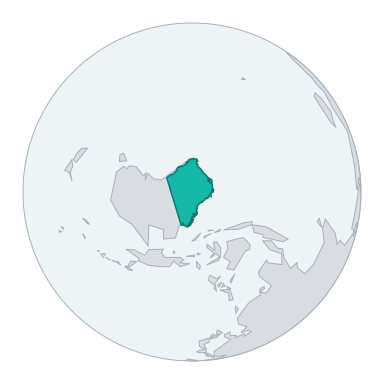 globe centered on Western Australia, rotated 160°
{"feature_id": "AUS-2651", "entity_name": "Western Australia", "entity_type": "State", "adm_level": 1, "iso_a3": "AUS", "parent_name": "Australia", "parent_adm1": "", "projection": "orthographic", "projection_center": [121.445, -24.431], "detail": "fine", "context": "on_globe", "style": "filled", "palette": "teal", "viewbox_px": 384, "rotation_deg": 160, "n_neighbors": 0, "source": "natural_earth", "source_scale": "10m", "svg_char_len": 10872}
<svg xmlns="http://www.w3.org/2000/svg" viewBox="0 0 384 384"><g transform="rotate(160 192 192)"><circle cx="192" cy="192" r="169" fill="#eef3f6" stroke="#a8b0b8"/><path d="M330.5,199.5L330.3,200.8L330.2,200.9L330.5,199.5ZM346.0,122.4L345.6,121.6L346.0,122.4ZM249.5,33.1L249.8,33.3L252.3,34.2L255.4,35.7L253.5,36.6L244.4,31.8L244.9,31.5L249.5,33.1ZM238.5,29.6L238.1,29.5L240.0,30.1L222.8,26.5L215.1,27.2L223.3,28.5L227.3,30.2L225.7,34.6L205.8,40.2L210.9,44.5L210.4,46.9L204.3,47.7L204.8,44.0L199.6,42.2L200.8,40.3L191.1,41.0L192.4,38.4L184.2,40.7L186.1,43.0L194.1,43.0L186.5,46.7L193.2,51.7L192.6,57.7L176.9,68.3L162.9,71.9L161.8,74.2L156.9,71.8L149.3,76.7L157.5,89.8L156.9,94.0L145.1,102.7L145.1,99.5L132.2,93.0L128.9,103.5L138.7,111.2L142.0,121.8L134.1,119.0L130.9,110.0L126.3,107.5L128.1,98.3L125.5,86.3L117.6,89.8L118.8,84.8L114.0,76.7L103.0,82.0L85.1,99.2L81.7,112.9L76.0,120.8L71.5,104.6L73.6,93.1L69.4,96.1L66.9,89.8L55.2,97.6L55.8,95.5L53.1,98.7L51.7,98.9L53.6,95.4L51.7,97.9L47.3,107.2L49.6,104.7L54.7,97.2L52.8,101.5L54.5,102.9L44.4,119.5L30.8,144.1L33.3,134.6L35.0,129.7L39.7,118.8L45.2,108.3L51.4,98.3L58.3,88.7L65.9,79.5L74.1,71.0L82.9,63.0L92.2,55.7L101.9,49.0L112.2,43.1L122.8,37.9L133.8,33.4L145.0,29.7L156.5,26.8L168.2,24.7L179.9,23.5L191.8,23.0L203.6,23.4L215.4,24.7L227.0,26.7L238.5,29.6ZM31.7,138.6L30.5,144.9L29.8,147.3L30.2,148.5L36.4,136.9L35.6,140.6L30.3,161.1L25.1,195.1L28.1,210.0L31.5,224.6L33.3,240.2L38.2,250.4L39.8,257.5L43.3,263.8L47.4,273.0L52.5,283.6L55.8,291.4L52.0,286.4L49.6,282.9L43.2,272.1L37.7,260.9L33.0,249.3L29.2,237.3L26.3,225.1L24.3,212.8L23.2,200.3L23.1,187.8L23.9,175.2L25.6,162.8L28.2,150.6L31.7,138.6ZM66.1,79.3L67.6,77.7L70.8,74.3L66.1,79.3ZM74.7,70.4L74.8,70.3L74.7,70.4ZM103.4,279.3L106.9,281.0L105.2,282.1L103.4,279.3ZM37.9,210.4L44.5,239.8L42.5,243.2L38.7,236.5L33.9,219.9L35.0,211.8L34.6,203.3L37.9,210.4ZM184.8,148.7L190.1,149.8L189.9,150.6L184.8,148.7ZM179.3,145.7L185.2,146.3L178.3,147.4L179.3,145.7ZM187.6,146.5L193.6,145.5L196.3,144.5L195.8,146.1L187.6,146.5ZM175.3,145.6L153.9,145.4L145.5,143.7L147.4,140.8L160.9,141.1L175.3,145.6ZM146.7,140.7L134.2,133.9L117.9,114.9L123.7,114.3L140.9,125.1L139.8,127.5L147.4,132.9L146.7,140.7ZM177.6,126.4L176.4,133.4L164.5,132.5L159.2,131.4L155.5,122.7L157.5,118.2L161.9,118.3L179.4,104.3L185.4,108.0L179.8,113.7L184.8,119.8L177.6,126.4ZM82.1,114.0L84.5,121.3L81.5,123.6L82.1,114.0ZM186.9,95.2L179.6,100.7L186.4,93.2L186.9,95.2ZM191.2,88.3L191.5,91.2L188.8,88.2L191.2,88.3ZM161.2,77.8L156.5,78.5L156.6,76.7L162.7,74.7L161.2,77.8ZM192.1,63.1L191.3,68.0L190.1,69.6L188.4,66.5L192.1,63.1ZM290.7,259.4L292.4,263.0L287.5,267.3L281.0,270.7L275.0,269.0L290.7,259.4ZM243.0,251.9L242.7,243.7L249.7,245.5L246.9,251.7L243.0,251.9ZM295.3,257.0L299.6,252.2L301.1,243.2L300.7,252.2L304.2,256.0L293.8,263.5L295.3,257.0ZM216.7,213.7L183.8,223.3L176.4,221.0L177.9,215.1L170.6,197.6L173.0,198.0L171.1,186.8L190.4,178.0L204.1,162.3L215.2,164.9L223.4,154.4L234.9,157.6L231.6,166.3L243.8,175.8L251.7,156.4L259.4,182.1L268.4,194.3L271.2,212.3L256.1,236.7L247.2,239.6L245.4,236.0L241.7,238.0L235.8,234.8L232.2,223.7L228.6,225.8L232.0,219.3L226.8,224.5L223.6,217.5L216.7,213.7ZM299.4,196.6L301.1,198.3L303.9,204.8L301.1,202.1L299.4,196.6ZM326.0,200.9L326.8,203.9L325.0,202.8L326.0,200.9ZM330.2,200.9L328.0,199.7L330.5,199.5L330.2,200.9ZM308.4,187.2L309.3,189.4L308.6,189.5L308.4,187.2ZM307.7,186.3L308.8,184.5L308.6,186.9L307.7,186.3ZM299.2,168.5L300.3,167.9L300.8,169.1L299.2,168.5ZM197.8,150.6L205.1,145.6L209.2,145.7L197.8,150.6ZM297.7,165.2L295.0,163.6L295.3,162.5L297.7,165.2ZM297.8,162.5L297.5,160.6L299.2,165.5L297.8,162.5ZM292.7,156.2L296.0,160.7L292.3,156.4L292.7,156.2ZM290.7,155.7L288.3,153.3L288.5,152.9L290.7,155.7ZM264.3,147.4L273.1,160.3L266.1,157.5L258.2,148.8L252.2,152.6L238.5,148.1L241.6,145.4L239.7,139.7L225.7,134.7L222.9,131.0L227.8,129.7L218.6,125.5L228.7,125.9L232.8,133.4L238.5,129.4L248.5,133.2L258.2,138.2L266.2,146.0L264.3,147.4ZM228.8,140.7L230.6,141.0L229.1,142.8L228.8,140.7ZM283.8,147.5L287.3,152.4L286.9,153.0L285.2,151.8L283.8,147.5ZM268.0,145.4L276.5,142.9L278.5,143.8L272.9,148.1L268.0,145.4ZM274.4,138.4L278.4,140.8L280.5,144.8L279.7,145.3L274.4,138.4ZM208.3,130.9L208.0,132.8L205.4,131.0L208.3,130.9ZM211.7,130.3L219.5,133.6L211.0,131.8L211.7,130.3ZM188.3,121.5L190.5,125.9L197.6,123.8L192.2,127.3L197.1,134.9L195.5,137.6L190.6,129.2L189.0,137.3L185.9,136.9L184.1,129.8L187.2,121.7L190.4,118.6L203.2,118.5L188.3,121.5ZM211.6,125.0L209.5,119.8L211.1,116.8L213.3,119.7L211.6,125.0ZM203.6,107.7L198.3,101.9L193.4,103.4L203.5,97.2L206.9,103.7L203.6,107.7ZM199.4,95.9L194.7,97.2L199.6,93.6L199.4,95.9ZM193.6,95.4L193.3,91.9L196.8,92.7L193.6,95.4ZM201.7,96.3L202.9,90.5L204.5,94.1L201.7,96.3ZM192.2,84.4L199.6,90.5L189.7,87.3L190.0,76.9L194.2,77.0L192.2,84.4ZM220.5,51.3L219.9,49.1L223.9,49.3L223.2,50.7L220.5,51.3ZM236.5,49.4L224.8,48.8L215.3,49.0L217.9,50.4L215.3,53.6L211.6,49.7L218.7,47.0L225.8,47.5L227.4,45.1L233.0,44.6L232.6,41.6L235.2,41.0L237.7,44.1L236.5,49.4ZM232.1,40.4L233.5,36.4L240.9,38.7L242.2,40.1L238.5,40.8L234.8,39.5L232.1,40.4ZM236.0,36.2L232.4,35.0L226.9,29.5L227.6,29.0L235.7,33.8L232.8,33.0L232.8,34.2L236.0,36.2Z" fill="#d9dde1" stroke="#a8b0b8" stroke-width="1"/><path d="M210.9,213.9L208.9,214.7L206.5,215.4L205.0,215.4L203.8,215.1L203.4,215.2L202.2,216.0L200.8,216.5L200.4,216.9L199.1,217.2L198.5,217.7L198.2,218.9L197.1,219.9L196.7,219.8L196.2,220.1L196.1,219.8L195.9,219.7L194.8,219.8L194.7,220.0L194.2,219.8L194.0,220.0L193.6,220.1L193.5,219.8L193.4,219.6L192.9,219.8L191.7,219.6L191.3,219.7L189.8,219.8L189.4,220.0L188.5,219.9L188.0,220.1L187.4,220.5L187.2,221.0L187.4,221.2L187.0,221.2L186.9,221.6L186.8,221.4L186.6,221.7L186.3,221.5L185.7,221.5L185.8,221.6L185.4,221.8L185.4,222.0L184.7,222.3L184.6,222.8L184.1,222.9L184.2,223.1L183.9,223.1L183.3,223.2L183.7,223.4L182.9,223.2L182.8,223.5L182.1,223.2L181.7,223.2L181.6,223.3L180.6,223.2L180.4,223.3L179.8,223.1L180.1,223.0L179.8,222.8L179.8,223.0L178.8,222.8L178.6,222.4L177.8,221.7L177.0,221.3L176.8,221.3L176.6,221.5L176.3,221.2L176.2,220.1L176.2,219.1L176.7,219.4L177.1,219.3L177.5,219.0L177.7,218.4L177.9,218.3L177.8,218.0L177.8,218.3L177.8,217.5L177.5,216.5L177.7,216.1L177.6,216.5L177.8,216.8L177.7,216.4L177.9,216.3L177.8,216.1L177.8,215.5L177.6,215.4L177.8,215.3L177.8,215.1L177.7,213.9L176.5,211.6L176.2,211.2L175.8,210.3L175.4,208.9L175.4,207.3L175.0,206.2L174.4,205.4L174.1,204.5L173.1,203.3L172.9,202.6L173.0,202.1L172.6,201.0L171.4,199.2L170.6,198.5L170.1,197.7L170.5,198.0L170.5,197.2L170.6,198.1L170.8,198.4L170.7,197.3L170.8,197.8L170.9,197.7L171.1,198.6L171.2,198.1L171.3,198.9L171.4,198.5L171.6,199.1L171.9,198.9L172.1,198.7L172.1,198.2L171.8,197.9L171.5,197.9L171.2,197.5L171.2,197.0L170.8,196.4L171.0,195.8L171.0,196.1L171.6,196.6L171.7,196.9L171.6,197.8L171.8,197.8L171.9,197.5L171.9,197.0L172.1,197.1L172.1,197.5L172.4,198.3L172.7,198.5L173.0,198.1L172.8,197.1L173.0,197.1L173.0,196.7L172.7,196.5L171.7,194.7L171.4,194.6L171.1,193.5L170.4,192.6L170.5,191.1L170.9,190.2L171.3,189.7L171.2,188.8L171.3,188.5L171.3,188.1L171.2,187.7L170.9,187.6L170.8,187.1L171.8,184.9L172.2,184.8L171.9,185.9L172.0,186.3L172.1,186.8L172.3,186.9L172.5,186.6L172.7,186.8L173.1,185.8L173.0,185.3L173.4,184.8L175.7,183.7L176.0,183.2L176.6,182.9L176.9,182.4L177.4,182.1L177.6,181.7L178.3,181.6L178.9,181.1L179.2,180.7L179.3,180.7L179.2,181.1L179.4,181.3L180.2,180.9L180.2,181.1L180.6,181.2L181.6,181.1L182.1,180.9L182.9,180.1L184.7,179.8L185.5,178.9L185.7,179.0L185.8,178.9L186.5,179.0L186.9,179.2L187.3,178.9L188.7,178.7L190.6,177.9L191.3,177.4L191.9,176.7L192.6,175.5L192.5,175.2L192.9,175.0L192.8,174.8L193.0,174.4L193.3,174.4L194.5,173.4L194.5,173.0L194.0,173.0L194.1,172.8L194.1,172.2L194.0,171.8L194.0,170.9L194.3,170.4L194.9,170.1L194.9,169.9L195.2,170.1L195.1,169.8L195.2,169.5L195.9,169.5L195.7,169.3L195.7,169.0L196.1,168.7L196.5,168.4L196.4,168.5L196.5,168.6L196.4,168.6L196.3,168.9L196.5,169.3L196.8,169.3L196.7,169.5L196.8,169.6L196.8,169.9L197.1,170.2L198.0,171.9L198.0,171.3L198.2,170.7L198.1,170.2L199.0,170.8L198.6,170.2L198.8,170.3L198.8,170.1L199.1,169.7L198.9,169.8L198.6,169.9L198.4,169.4L197.8,169.2L198.1,168.9L197.8,168.9L197.6,168.7L197.8,168.7L197.7,168.6L198.2,168.8L198.2,168.7L197.8,168.5L198.4,168.5L198.2,168.3L198.4,168.4L197.9,168.0L198.0,167.8L198.5,167.7L198.7,167.8L198.7,168.0L198.8,168.2L198.8,168.5L198.9,168.3L199.2,168.4L199.1,168.1L199.0,167.9L199.6,168.1L199.9,168.5L200.2,168.5L200.3,168.3L201.7,168.6L201.2,168.3L200.4,168.3L200.3,167.9L200.5,167.5L200.7,167.8L200.9,167.7L201.0,167.0L201.3,166.8L201.0,166.8L200.6,167.3L200.5,166.8L200.4,167.0L200.3,166.4L200.5,166.2L200.3,165.9L200.5,165.9L201.0,165.9L201.1,165.6L201.2,165.8L201.3,165.5L201.2,165.4L201.2,165.2L201.4,165.3L201.5,165.3L201.6,165.5L201.9,165.5L202.1,165.7L202.0,165.8L202.3,165.8L202.6,166.0L202.3,165.7L202.5,165.4L202.2,165.3L201.9,165.4L202.3,164.9L201.7,165.2L201.6,164.9L201.8,164.7L202.0,164.8L202.2,164.7L202.1,164.4L202.4,164.4L202.3,164.5L202.5,164.6L202.6,164.9L202.5,164.5L202.9,164.9L203.3,164.9L203.2,164.6L203.3,164.5L202.7,164.3L203.0,164.1L202.7,164.0L202.5,163.7L203.0,163.4L202.8,163.3L203.1,163.0L203.1,163.3L203.3,163.1L203.4,163.4L203.6,163.0L203.8,163.2L203.8,162.3L204.2,162.4L204.2,162.6L204.1,163.1L204.0,163.4L204.2,162.8L204.2,163.0L204.6,162.9L204.5,163.3L204.8,163.5L204.8,163.1L205.1,163.1L204.9,162.7L205.2,162.6L205.2,162.3L205.4,162.2L205.4,161.9L205.0,161.8L205.0,161.6L205.3,161.7L205.1,161.4L205.3,161.3L205.5,161.4L205.3,161.7L205.7,161.5L205.5,161.9L205.6,162.1L205.8,162.3L206.0,162.2L205.9,162.0L206.0,161.8L206.3,161.6L206.6,161.5L206.3,161.9L206.5,161.9L206.4,162.0L206.6,162.1L206.7,162.4L206.9,161.9L207.0,162.0L207.1,161.9L207.0,161.6L207.5,161.6L207.2,161.1L207.4,161.0L207.5,161.1L207.4,161.0L207.8,160.9L208.1,161.2L208.0,161.4L208.2,161.7L208.3,161.4L208.4,161.6L208.6,161.4L208.8,161.7L209.1,161.6L209.1,161.9L209.8,162.3L210.5,163.5L211.3,163.9L211.2,164.1L211.2,164.3L210.7,165.6L210.8,165.9L210.7,166.2L210.9,166.0L211.0,165.3L211.4,166.0L211.2,164.9L211.5,164.5L211.6,164.9L211.8,164.9L211.8,164.2L212.2,164.1L213.5,164.5L210.9,213.9ZM170.1,197.1L170.3,197.7L169.5,196.6L169.4,195.9L169.5,195.8L170.0,197.0L170.1,197.1ZM175.5,181.5L175.4,181.8L175.1,181.9L175.4,181.3L175.5,181.5ZM200.9,165.4L201.1,165.6L200.8,165.7L200.6,165.5L200.9,165.1L200.9,165.4ZM202.6,162.8L202.7,163.3L202.4,163.1L202.5,163.2L202.6,162.8ZM211.6,164.4L211.9,164.9L211.6,164.7L211.6,164.4ZM211.0,164.9L211.2,165.2L211.1,165.3L211.0,165.2L211.0,164.9ZM169.7,195.2L169.7,194.5L169.8,194.4L169.7,195.2ZM169.8,194.0L169.8,194.3L169.9,193.6L169.8,194.0ZM200.4,165.2L200.5,165.3L200.2,165.3L200.4,165.2ZM201.9,164.3L201.9,164.5L201.7,164.4L201.9,164.3ZM206.5,161.3L206.8,161.4L206.5,161.4L206.5,161.3ZM177.0,214.6L177.3,214.6L177.0,214.6ZM177.6,215.0L177.6,215.3L177.6,215.2L177.6,215.0Z" fill="#14b8a6" stroke="#0f766e" stroke-width="1.5"/></g></svg>